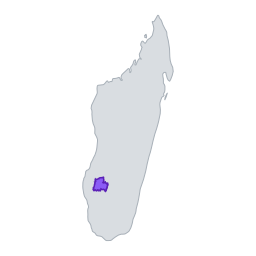 location of Ankazoabo, Atsimo-Andrefana, Madagascar
{"feature_id": "10022922B67140219559440", "entity_name": "Ankazoabo", "entity_type": "district", "adm_level": 2, "iso_a3": "MDG", "parent_name": "Madagascar", "parent_adm1": "Atsimo-Andrefana", "projection": "equal_earth", "projection_center": [44.688, -22.132], "detail": "fine", "context": "in_parent", "style": "filled", "palette": "violet", "viewbox_px": 256, "rotation_deg": 0, "n_neighbors": 0, "source": "geoboundaries", "source_scale": "gbopen_adm2", "svg_char_len": 6177}
<svg xmlns="http://www.w3.org/2000/svg" viewBox="0 0 256 256"><path d="M161.7,21.4L162.3,23.1L162.9,24.8L165.0,29.0L165.9,30.5L166.7,32.2L167.0,35.6L168.3,40.8L169.5,48.6L169.8,56.7L170.2,60.4L171.1,63.8L172.7,67.4L173.2,71.4L172.2,75.5L170.7,79.4L170.3,80.1L169.7,81.1L169.4,81.1L168.2,80.1L167.3,78.4L166.2,74.6L165.8,72.6L165.3,72.3L163.9,72.5L162.9,73.7L162.7,74.5L162.9,76.6L163.3,78.6L163.4,80.6L163.4,83.1L163.8,83.8L164.3,84.5L164.9,86.1L164.9,90.0L164.6,91.9L163.6,93.6L163.6,94.5L164.0,95.5L163.6,96.1L162.4,96.8L161.8,97.4L161.1,99.2L160.0,102.6L159.8,104.4L160.4,109.9L160.2,113.7L158.7,121.0L157.8,124.5L156.6,128.7L154.8,134.1L153.0,141.0L151.4,148.0L150.3,152.3L149.0,156.4L147.2,163.8L145.7,171.2L143.5,179.4L140.4,188.5L140.1,189.7L139.4,194.4L138.7,198.4L137.9,202.4L136.2,208.9L136.0,211.0L135.6,212.9L134.0,217.0L133.3,218.5L132.8,220.2L132.5,222.2L132.0,224.2L130.8,227.9L129.1,231.0L127.9,232.1L125.3,233.8L124.0,234.1L121.1,234.2L118.4,235.1L115.5,236.9L112.7,239.0L111.6,240.0L110.4,240.5L106.7,240.6L105.6,240.2L102.0,236.8L100.5,236.2L97.8,235.8L97.0,235.5L96.3,235.0L95.2,233.2L93.0,231.7L92.5,231.3L92.1,230.2L91.9,229.1L91.3,227.8L90.9,225.5L90.2,223.8L88.2,220.8L88.0,219.9L87.8,216.7L87.9,214.6L87.7,210.7L87.9,208.9L88.6,207.2L88.3,205.4L87.5,203.6L87.2,201.6L86.7,199.8L84.6,196.6L84.1,195.1L83.7,193.4L82.9,188.4L82.8,186.6L82.9,182.8L83.2,180.9L83.7,179.6L83.8,178.5L84.2,177.7L84.7,177.0L85.0,176.2L85.8,171.4L86.8,170.3L88.3,169.7L89.5,168.4L90.1,166.7L90.8,163.2L92.7,159.7L93.4,157.9L94.9,155.1L96.2,151.2L96.6,149.4L96.9,147.5L97.3,143.4L97.5,141.3L97.5,139.3L96.7,137.2L94.8,133.4L94.8,132.7L94.9,129.8L94.8,127.8L94.1,125.8L93.2,123.8L92.4,120.2L91.9,114.3L92.0,112.1L91.8,110.2L91.1,108.4L91.6,105.2L97.1,93.6L97.3,92.2L97.0,88.7L97.2,86.6L97.4,85.9L97.8,85.4L98.7,85.2L103.2,84.7L103.8,84.4L104.9,83.4L106.4,81.5L107.1,80.9L107.7,81.1L108.1,81.9L108.6,82.4L110.4,81.5L111.1,81.5L111.8,81.6L112.2,80.9L112.4,79.8L112.6,79.1L113.1,78.6L115.5,78.4L116.9,78.1L118.9,77.4L119.3,77.5L120.8,80.2L121.3,80.4L121.9,80.5L122.4,80.0L121.2,78.6L121.0,77.8L121.1,76.9L121.7,75.0L122.9,73.6L125.4,71.3L128.0,68.8L128.7,68.6L129.4,69.0L129.9,72.0L129.8,72.5L130.2,72.6L130.7,72.2L131.1,71.0L131.2,70.0L130.8,69.0L130.7,68.2L130.6,67.4L132.0,65.6L133.0,63.9L133.5,61.9L133.9,60.9L135.0,59.9L135.4,60.0L135.6,60.9L135.7,61.8L135.5,62.7L135.0,63.6L134.9,64.8L135.5,65.0L136.1,64.8L136.9,62.6L137.9,60.5L138.5,59.5L139.2,58.7L140.5,58.9L141.6,59.4L139.7,57.2L139.3,54.2L141.6,49.1L141.6,48.0L141.9,47.7L142.1,47.3L140.9,45.6L140.7,44.7L140.9,43.4L141.4,42.2L141.9,41.4L142.7,41.1L143.3,41.6L144.5,43.0L145.4,43.2L146.4,41.8L147.3,40.1L148.6,39.0L150.0,38.2L152.3,35.5L153.7,29.9L153.8,28.3L153.5,26.3L153.0,24.4L152.2,22.0L152.4,21.5L153.6,21.8L154.0,21.5L155.4,19.4L157.6,15.4L158.3,15.4L158.9,16.1L159.1,17.2L159.5,18.0L161.0,19.9L161.7,21.4ZM146.5,37.2L146.5,37.8L144.9,37.5L144.6,35.4L145.4,35.4L145.6,34.5L146.1,34.4L146.6,36.3L146.5,37.2ZM166.1,97.0L164.7,100.1L165.1,97.5L166.7,93.8L167.2,93.5L166.1,97.0Z" fill="#d9dde1" stroke="#a8b0b8" stroke-width="1"/><path d="M107.5,183.1L107.2,183.1L107.0,183.4L106.9,183.6L106.6,183.7L106.4,183.6L106.2,183.4L106.1,183.1L105.9,182.9L105.6,182.9L105.3,182.7L105.4,182.4L105.4,182.2L105.3,181.9L105.1,182.0L104.8,182.3L104.7,182.5L104.3,182.8L104.2,182.8L103.8,182.7L103.6,182.6L103.3,182.7L103.2,182.8L103.0,182.5L103.3,182.4L103.3,182.2L103.4,181.9L103.5,181.5L103.6,181.3L103.6,181.2L103.6,180.9L103.8,180.8L103.8,180.7L103.7,180.4L103.8,180.2L103.8,179.9L103.8,179.7L103.7,179.6L103.7,179.4L103.7,179.1L103.6,178.9L103.6,178.7L103.5,178.4L103.4,178.2L103.5,178.0L103.5,177.8L103.5,177.7L103.6,177.4L103.5,177.2L103.3,177.2L103.0,177.4L102.9,177.4L102.8,177.5L102.6,177.6L102.4,177.5L102.2,177.6L101.9,177.7L101.6,177.6L101.2,177.7L100.6,177.7L100.5,177.8L100.0,177.8L99.6,177.9L99.3,178.0L99.2,178.2L99.1,178.3L98.9,178.7L98.7,178.6L98.4,178.6L98.3,178.8L97.8,179.0L97.6,179.1L97.4,179.2L97.3,179.3L97.1,179.3L96.8,179.4L96.7,179.4L96.4,179.3L96.2,179.4L96.0,179.6L95.9,179.7L95.7,179.6L95.8,179.4L95.6,179.2L95.4,179.0L95.3,179.3L95.2,179.6L95.2,179.9L95.2,180.3L95.2,180.5L95.4,180.8L95.5,180.9L95.6,181.0L95.7,181.4L95.6,181.5L95.3,181.8L95.2,181.9L94.8,182.0L95.0,182.3L94.9,182.5L95.0,182.7L95.0,182.8L95.0,183.0L94.9,183.1L94.9,183.3L94.8,183.5L94.9,183.9L94.8,184.1L94.6,184.1L94.5,184.3L94.6,184.6L94.5,184.8L94.4,185.1L94.4,185.6L94.3,185.8L94.3,186.0L94.2,186.1L94.2,186.5L94.0,187.0L93.9,187.2L93.8,187.4L93.7,187.4L93.7,187.5L93.6,187.4L93.4,187.5L93.3,187.8L93.4,188.0L93.5,188.2L93.5,188.5L93.2,188.9L93.2,189.0L93.1,189.4L93.2,189.5L93.3,189.6L93.3,189.8L93.6,190.0L93.7,190.3L93.8,190.5L94.0,190.7L94.4,190.5L94.5,190.4L94.5,190.0L94.8,189.9L95.0,189.9L95.1,190.0L95.3,189.9L95.5,189.9L95.6,190.0L95.8,190.1L95.8,190.4L95.9,190.5L96.2,190.8L96.4,190.7L96.5,190.8L96.8,190.7L97.1,190.6L97.3,190.5L97.6,190.3L97.5,190.1L97.6,189.9L97.8,189.9L97.9,190.0L97.9,189.9L98.0,189.9L98.1,190.1L98.3,190.2L98.3,190.3L98.3,190.5L98.5,190.6L98.8,190.7L99.0,190.6L99.2,190.4L99.3,190.3L99.4,190.2L99.5,190.1L99.8,190.2L100.0,190.8L100.3,190.8L100.3,190.6L100.3,190.2L100.5,190.1L100.7,189.9L100.8,189.8L100.8,189.6L100.9,189.3L101.0,189.1L101.0,188.9L101.2,189.0L101.3,189.0L101.5,189.1L101.7,189.3L101.9,189.5L102.1,189.6L102.3,189.5L102.5,189.5L102.9,189.6L103.1,189.6L103.3,189.6L103.3,189.4L103.5,189.3L103.8,189.5L104.0,189.5L104.6,189.9L104.6,190.0L104.8,190.1L104.9,190.3L104.9,190.6L104.8,190.8L105.0,190.9L105.1,191.0L105.3,191.2L105.5,190.5L105.6,190.4L105.7,190.1L105.8,190.1L106.1,189.9L106.2,190.0L106.2,189.9L106.3,189.8L106.3,189.7L106.4,189.3L106.4,189.2L106.5,189.2L106.7,188.9L106.7,188.7L106.7,188.4L106.8,188.3L106.7,188.2L106.8,188.1L106.9,187.9L106.9,188.0L107.0,187.9L107.0,188.0L107.0,187.9L107.2,187.7L107.2,187.4L107.0,187.1L107.1,186.9L107.1,186.7L107.2,186.4L107.3,186.3L107.3,186.2L107.3,185.9L107.5,185.8L107.7,185.7L107.8,185.5L107.8,185.3L107.8,185.2L107.7,185.0L107.6,184.9L107.8,184.8L107.9,184.7L108.0,184.5L108.0,184.3L107.9,184.2L107.8,183.9L107.7,183.8L107.7,183.7L107.7,183.3L107.7,183.2L107.5,183.1Z" fill="#8b5cf6" stroke="#5b21b6" stroke-width="1.5"/></svg>